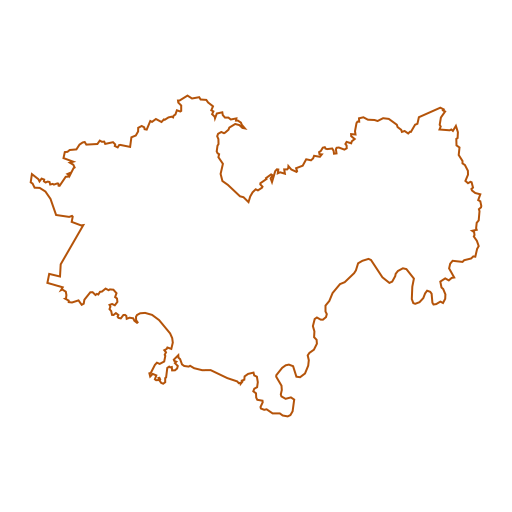 the district of Cihuatlán, Jalisco, Mexico
{"feature_id": "50627088B34623658197151", "entity_name": "Cihuatlán", "entity_type": "district", "adm_level": 2, "iso_a3": "MEX", "parent_name": "Mexico", "parent_adm1": "Jalisco", "projection": "robinson", "projection_center": [-104.64, 19.263], "detail": "fine", "context": "isolated", "style": "outline", "palette": "amber", "viewbox_px": 512, "rotation_deg": 0, "n_neighbors": 0, "source": "geoboundaries", "source_scale": "gbopen_adm2", "svg_char_len": 6048}
<svg xmlns="http://www.w3.org/2000/svg" viewBox="0 0 512 512"><path d="M474.5,235.0L474.1,232.1L472.2,230.8L476.7,229.8L476.1,228.3L476.7,222.8L478.7,220.4L479.5,211.2L478.9,209.2L481.0,207.4L481.3,206.0L480.3,201.3L478.2,200.1L480.3,194.3L475.2,193.0L472.0,190.5L471.4,189.0L473.0,187.6L471.6,182.3L470.5,181.8L468.0,183.2L465.4,180.9L468.0,174.7L467.9,170.8L464.9,165.0L462.5,163.4L462.5,161.0L458.7,155.0L459.5,147.5L456.5,145.4L456.3,138.9L457.6,138.0L457.9,132.2L455.9,125.9L452.9,130.9L451.3,129.5L449.7,130.3L439.5,129.5L440.7,126.5L439.7,124.8L440.9,117.5L445.1,111.5L443.0,110.4L443.7,109.4L440.3,107.7L418.9,117.2L417.4,123.8L415.1,124.7L410.9,131.9L409.9,131.8L408.2,133.5L404.6,131.0L401.9,131.9L401.2,129.8L397.6,127.1L396.8,124.7L388.8,118.9L383.1,118.2L377.6,121.0L374.5,120.0L367.9,119.7L363.4,117.3L359.0,118.3L359.2,121.7L357.5,121.6L356.5,123.1L355.0,131.2L355.5,134.5L351.1,134.1L351.2,136.2L354.7,139.0L351.8,141.3L351.2,143.3L346.6,141.9L345.4,144.0L346.6,145.5L346.7,148.3L344.4,149.6L338.8,147.5L336.6,147.8L335.9,149.3L336.5,153.4L334.0,153.7L333.6,150.8L332.2,148.5L327.2,149.1L325.5,148.6L324.8,147.2L322.8,147.7L320.8,151.0L319.1,152.1L319.5,154.2L321.8,154.4L319.9,156.8L314.1,155.8L313.1,158.4L311.0,160.3L306.2,159.3L302.7,165.7L296.1,168.2L297.1,171.2L296.5,171.9L291.3,169.5L288.4,166.1L288.2,168.2L287.2,169.4L284.2,169.4L284.9,173.7L280.1,172.3L277.8,173.3L278.3,169.5L276.9,169.3L275.2,171.2L272.0,182.1L270.6,178.3L272.7,175.4L271.1,174.4L266.0,178.1L266.5,179.0L260.4,183.2L260.3,184.4L262.5,186.7L262.0,187.7L257.9,190.4L255.7,189.3L252.6,192.3L250.2,196.5L248.5,202.1L243.5,197.2L240.0,196.3L227.9,184.9L222.4,181.0L220.6,173.9L222.9,163.8L218.4,157.2L219.1,154.2L217.6,153.3L216.7,151.4L217.5,145.7L218.5,144.1L218.4,139.1L217.2,136.2L218.1,133.8L221.3,132.0L224.0,133.2L225.0,132.7L228.5,129.7L229.3,127.6L235.2,124.0L239.4,125.1L242.4,127.9L244.9,128.4L241.8,124.8L240.9,122.6L237.9,120.6L236.0,120.6L236.4,118.4L230.8,119.5L228.4,117.6L225.0,117.6L222.8,115.1L222.3,112.3L216.8,113.5L215.0,118.3L214.7,116.7L212.1,114.2L213.4,111.4L211.3,110.3L213.0,106.3L208.1,102.5L206.3,99.9L200.6,99.5L199.2,97.2L192.0,98.5L187.5,95.6L179.6,100.5L178.0,100.5L178.3,102.6L181.2,105.5L181.2,110.9L180.3,111.5L176.9,110.3L175.4,114.5L173.5,115.8L173.1,117.4L171.6,116.7L168.5,117.4L164.7,119.8L163.9,119.4L161.5,122.0L155.9,119.0L152.0,121.9L150.3,121.0L146.7,129.6L144.6,129.2L144.2,127.3L141.7,126.0L138.2,127.8L138.1,131.5L135.8,135.5L131.4,137.3L130.1,146.9L120.2,144.9L119.1,145.1L117.7,147.4L114.8,146.0L115.2,144.4L113.0,142.2L105.2,143.9L104.2,141.6L101.9,141.8L99.8,140.6L97.4,144.0L86.3,144.6L84.7,142.0L82.6,142.5L79.5,144.6L76.4,149.4L69.7,150.0L67.5,151.8L64.8,152.1L63.5,158.1L73.2,161.7L69.9,162.7L73.3,164.7L74.6,167.5L73.5,168.2L69.9,175.3L69.6,173.1L67.5,174.0L68.6,174.8L68.4,176.6L65.7,176.8L59.6,185.8L58.6,185.7L58.3,183.6L57.4,183.4L53.9,184.6L52.7,183.9L50.2,184.5L49.5,182.0L47.7,181.6L45.6,182.5L43.9,181.3L44.2,179.6L41.6,178.6L39.5,181.4L38.4,179.2L31.9,174.1L30.7,182.3L32.6,183.6L34.6,187.7L39.7,187.9L45.4,191.5L50.5,198.9L56.1,215.0L69.2,216.9L72.0,215.9L72.7,216.7L71.7,221.9L81.1,225.4L83.3,225.1L60.7,264.3L60.0,276.5L49.2,273.9L47.4,282.9L62.7,287.3L61.1,290.1L62.3,289.5L65.8,291.7L66.4,295.1L66.0,298.4L65.2,298.7L68.7,300.6L68.7,302.1L72.0,302.5L78.5,300.4L81.7,304.8L83.7,303.7L84.4,299.7L90.3,292.3L92.6,292.2L95.5,295.0L96.9,293.9L98.3,294.5L100.0,291.8L101.9,291.6L105.6,288.6L108.6,290.2L109.9,289.4L113.4,289.7L116.5,293.2L115.1,297.1L117.0,298.5L117.4,301.9L114.8,305.3L112.1,304.0L109.5,304.9L110.4,306.7L109.5,309.1L111.2,311.1L112.0,314.9L113.5,315.0L115.9,313.1L118.4,315.0L117.6,316.7L118.5,317.9L120.8,318.4L123.4,315.0L125.0,314.9L126.3,315.9L126.7,318.8L129.6,317.7L133.2,318.3L134.4,320.8L137.0,322.8L137.6,322.3L136.1,320.1L136.0,316.8L137.0,315.0L140.1,313.3L145.1,312.9L152.1,314.9L159.1,320.1L170.1,333.4L172.2,338.1L172.8,342.6L171.3,348.9L167.4,347.5L166.6,349.0L164.3,350.2L166.0,352.3L164.7,354.8L165.3,355.9L164.2,361.5L159.7,363.9L156.9,362.7L154.9,364.9L150.8,372.9L149.4,373.3L150.2,376.5L152.7,373.9L156.3,375.4L154.9,379.3L156.1,380.2L159.1,380.0L158.5,378.0L159.4,377.8L160.2,379.5L159.5,380.5L161.2,382.9L163.2,383.7L165.2,382.2L165.2,378.1L166.1,377.4L167.3,367.9L169.2,366.6L170.2,367.4L171.8,367.0L172.1,370.4L172.8,370.4L175.0,370.3L177.1,368.5L177.8,366.0L174.9,363.1L176.3,361.7L174.3,360.9L173.8,359.7L178.3,355.2L178.5,357.7L180.1,359.1L182.0,364.4L184.2,366.0L188.7,366.6L190.1,365.8L194.1,368.2L202.2,370.2L210.6,370.1L227.3,378.1L237.2,381.4L238.8,383.2L240.4,382.7L240.6,383.9L242.4,381.7L241.9,380.6L244.3,379.7L244.6,376.4L248.1,373.9L253.5,372.6L254.2,375.4L256.9,376.7L257.8,382.2L257.1,387.2L254.3,388.7L253.3,391.3L256.0,393.3L256.2,397.6L257.3,399.8L262.5,400.7L262.7,402.3L260.5,407.0L260.9,408.5L264.2,409.8L266.6,409.3L272.6,413.4L279.8,413.4L282.7,415.5L287.7,416.4L290.4,415.1L292.6,411.3L294.2,399.6L290.9,397.4L285.6,398.8L281.4,396.4L280.8,394.4L281.8,390.0L281.5,385.7L276.2,376.7L276.3,375.2L282.2,367.8L285.7,365.3L288.9,364.6L293.1,366.2L296.4,376.7L300.1,377.2L305.0,373.5L308.2,365.7L308.8,360.2L307.7,355.4L309.4,352.9L313.9,349.7L316.9,343.7L316.6,339.8L314.1,337.2L314.4,331.4L312.9,326.1L314.7,319.0L316.9,317.5L320.6,319.6L322.9,319.7L326.0,317.1L326.8,314.1L325.5,311.5L325.5,305.6L329.3,301.0L332.6,293.0L340.0,284.1L344.7,282.2L354.1,273.2L355.9,270.4L358.1,263.3L362.4,260.8L368.5,258.9L371.0,260.0L382.4,277.3L389.4,282.9L392.2,281.6L395.2,276.2L395.7,273.8L397.9,271.0L402.9,268.3L406.4,269.1L413.9,278.6L412.3,286.7L411.8,299.1L413.3,303.1L415.2,303.8L419.5,302.2L423.3,298.1L425.1,293.4L427.1,290.7L430.2,291.8L431.6,293.7L432.4,302.7L433.5,304.5L436.2,304.1L440.4,301.6L443.0,303.0L445.2,298.8L445.4,294.4L443.2,289.0L441.5,287.5L440.3,281.6L445.2,278.4L448.8,280.4L451.7,277.9L454.2,277.5L449.1,268.4L450.2,263.7L452.6,260.8L462.5,261.9L464.2,260.2L471.1,258.5L473.3,256.4L475.3,256.7L477.1,248.9L478.7,246.1L476.9,240.9L473.8,236.5L474.5,235.0Z" fill="none" stroke="#b45309" stroke-width="2"/></svg>